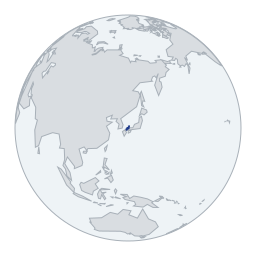 Shimane on an orthographic globe, rotated 3°
{"feature_id": "JPN-1824", "entity_name": "Shimane", "entity_type": "Prefecture", "adm_level": 1, "iso_a3": "JPN", "parent_name": "Japan", "parent_adm1": "", "projection": "orthographic", "projection_center": [132.68, 35.321], "detail": "fine", "context": "on_globe", "style": "filled", "palette": "blue", "viewbox_px": 256, "rotation_deg": 3, "n_neighbors": 0, "source": "natural_earth", "source_scale": "10m", "svg_char_len": 11698}
<svg xmlns="http://www.w3.org/2000/svg" viewBox="0 0 256 256"><g transform="rotate(3 128 128)"><circle cx="128" cy="128" r="113" fill="#eef3f6" stroke="#a8b0b8"/><path d="M207.6,195.9L207.5,196.4L207.4,196.5L207.6,195.9ZM216.8,58.7L216.4,58.4L217.4,59.5L218.8,61.4L216.7,59.2L216.8,60.4L211.7,57.4L201.3,50.0L202.2,49.4L199.6,48.0L198.3,48.8L198.1,49.7L187.4,48.0L182.0,53.1L183.9,57.4L180.7,54.6L186.8,64.9L186.2,70.8L184.6,62.6L182.7,60.6L181.2,63.6L179.0,62.3L177.0,63.1L174.4,61.3L173.7,57.0L172.0,55.9L171.0,58.1L167.9,58.0L169.5,54.8L164.2,54.4L162.0,47.8L168.5,41.9L165.1,37.9L166.1,31.2L163.8,30.9L162.7,28.5L159.7,27.3L160.7,26.7L157.4,26.3L157.0,27.1L155.4,27.2L153.6,26.7L154.6,25.7L155.7,25.9L155.0,25.3L156.3,25.1L154.6,24.9L156.1,24.0L152.0,24.1L150.9,22.7L152.5,22.3L155.9,23.4L168.0,26.1L170.7,26.5L171.3,25.8L164.9,22.1L166.4,22.4L166.0,22.0L163.6,21.2L163.0,21.3L158.3,20.0L158.2,20.5L156.3,20.2L154.8,20.6L151.3,19.6L148.7,18.4L149.7,18.1L148.6,17.7L144.5,17.4L143.6,16.6L139.7,16.0L147.8,17.1L155.9,18.9L163.7,21.2L171.5,24.1L178.9,27.5L186.1,31.5L193.0,36.0L199.6,41.0L205.7,46.5L211.5,52.4L216.8,58.7ZM229.1,117.6L228.2,115.6L229.3,115.8L229.1,117.6ZM227.2,115.1L227.7,115.6L227.2,115.4L227.2,115.1ZM226.7,115.4L227.1,115.2L226.7,115.7L226.7,115.4ZM226.1,116.1L226.4,115.7L226.4,115.8L226.1,116.1ZM224.8,116.5L224.5,116.6L224.7,115.9L224.8,116.5ZM198.4,50.4L198.5,49.0L200.5,48.9L200.6,50.2L198.4,50.4ZM194.3,51.1L193.7,49.8L196.7,51.1L196.1,51.4L194.3,51.1ZM185.8,61.0L186.4,59.3L186.6,61.4L185.8,61.0ZM177.1,63.5L177.7,64.4L176.4,64.5L177.1,63.5ZM156.8,21.2L155.8,20.9L156.6,21.0L156.8,21.2ZM157.1,21.8L158.7,22.0L159.1,22.4L158.1,22.2L157.1,21.8ZM171.3,61.9L169.1,61.8L171.2,61.1L171.3,61.9ZM155.0,21.4L159.6,22.9L160.2,23.5L156.9,23.3L155.0,21.4ZM167.7,61.3L162.2,61.4L163.0,63.4L157.7,58.1L164.1,59.6L166.6,58.3L166.3,60.0L167.7,61.3ZM157.7,27.6L158.0,26.7L159.4,28.0L157.7,27.6ZM159.0,28.4L165.7,32.8L164.3,34.0L162.3,32.2L161.9,34.5L158.0,32.9L157.3,31.3L159.0,30.8L156.2,30.7L159.0,28.4ZM155.7,55.2L154.3,54.7L155.6,54.5L155.7,55.2ZM154.9,27.4L156.4,28.1L155.3,29.2L152.2,28.1L153.5,28.1L154.9,27.4ZM163.7,35.9L162.4,36.7L158.8,35.6L157.8,35.7L157.7,33.0L163.7,35.9ZM152.8,27.5L150.6,27.5L149.4,26.5L153.4,26.9L152.8,27.5ZM156.3,30.0L155.7,30.5L155.0,29.8L156.3,30.0ZM144.1,23.4L145.9,24.0L145.5,24.5L144.1,23.4ZM149.8,27.6L150.2,27.9L150.3,28.3L148.6,28.1L149.8,27.6ZM155.2,32.5L154.0,32.0L155.1,33.6L152.4,33.0L152.9,31.3L151.6,31.8L150.8,31.6L152.1,30.5L155.2,32.5ZM147.0,29.0L146.7,26.9L143.5,25.6L143.7,25.0L148.9,27.3L147.0,29.0ZM149.9,29.9L148.2,29.2L149.4,28.7L151.3,28.9L149.9,29.9ZM150.5,33.2L154.4,34.5L154.2,34.9L150.5,33.2ZM145.8,28.7L145.9,29.2L145.5,28.6L145.8,28.7ZM148.8,31.9L150.2,32.2L149.9,32.6L148.8,31.9ZM145.0,30.0L144.9,29.3L146.2,29.3L145.0,30.0ZM146.5,30.9L145.8,31.3L146.7,29.8L147.2,31.0L146.5,30.9ZM148.3,32.1L148.6,32.5L147.7,31.9L148.3,32.1ZM140.1,30.2L141.0,28.2L143.8,28.4L142.6,30.2L140.1,30.2ZM52.3,44.6L51.3,45.5L51.0,45.8L52.3,44.6ZM40.6,57.0L38.8,59.2L39.7,58.4L34.1,67.5L32.6,72.1L38.2,67.2L40.7,59.6L44.6,55.3L45.4,58.8L43.7,66.1L45.2,64.7L49.1,57.9L51.7,57.8L50.8,55.5L49.0,57.8L48.4,56.6L50.1,54.5L50.9,54.4L52.3,52.0L47.9,53.4L45.5,55.9L47.2,51.6L43.5,55.4L42.9,55.4L49.0,49.0L50.7,47.7L59.6,39.8L58.0,40.6L49.5,48.3L50.8,46.8L48.6,48.5L51.4,46.0L61.1,37.8L64.6,34.9L64.5,35.0L70.2,31.3L71.6,30.5L77.5,27.4L74.7,29.0L76.2,28.3L73.8,29.9L74.7,30.4L72.9,32.1L77.4,31.0L77.1,31.8L74.5,32.2L71.7,33.5L67.7,38.4L68.1,39.0L71.4,37.9L69.9,39.6L73.6,38.0L73.3,40.8L76.7,36.2L80.6,35.4L82.7,36.5L84.6,35.5L81.2,33.8L79.3,33.9L76.6,35.2L71.9,35.3L72.4,34.0L79.6,31.1L81.1,29.1L86.1,28.2L92.4,32.8L92.8,35.7L84.8,42.4L82.3,42.1L83.9,39.4L78.6,42.7L80.9,42.0L79.6,43.5L83.0,43.5L82.3,44.6L86.9,42.8L86.3,44.1L83.5,45.3L88.1,46.8L88.2,49.8L89.6,49.6L91.1,48.6L90.2,53.3L91.2,53.0L92.0,51.3L94.6,49.7L98.8,48.8L98.2,50.5L96.6,51.0L92.5,54.9L88.3,56.4L88.5,57.0L92.0,56.1L97.1,51.4L99.8,50.4L97.7,52.7L98.7,51.8L99.9,51.8L100.5,53.5L103.0,51.1L116.6,50.4L119.2,54.0L115.9,55.9L124.8,58.2L127.1,62.6L127.7,61.0L132.5,61.4L131.8,59.9L132.5,59.2L144.4,60.3L146.7,62.1L152.6,61.3L152.9,60.5L151.5,59.1L157.7,58.1L163.0,63.4L162.0,64.8L166.0,67.4L163.1,70.5L162.5,74.4L157.0,76.6L157.0,79.7L158.6,80.4L159.9,85.5L156.9,94.0L152.4,83.9L155.4,72.0L153.5,76.4L151.9,74.6L149.9,75.7L148.8,79.1L150.0,80.0L137.6,82.2L130.8,90.5L136.3,91.3L138.4,94.8L135.5,106.3L120.2,119.1L122.9,125.0L122.2,128.4L118.0,129.5L118.9,124.6L115.7,122.0L116.9,119.3L110.3,119.9L111.7,116.0L105.9,118.7L106.7,122.3L112.0,123.0L106.4,127.3L110.1,134.2L109.1,140.9L98.0,149.9L88.9,150.7L88.0,152.6L85.2,149.2L80.2,151.6L84.6,164.8L84.0,167.9L76.5,171.4L76.6,169.0L69.0,160.1L66.7,166.9L72.4,175.4L74.4,183.2L69.6,179.2L67.7,172.2L65.0,168.8L66.4,162.7L65.4,151.9L60.6,151.6L61.6,147.8L59.5,137.6L53.0,136.6L42.2,141.1L39.7,150.2L36.5,152.1L35.0,134.8L37.1,124.8L34.9,123.6L34.8,112.2L29.9,103.0L30.7,99.9L29.4,99.2L29.6,93.9L31.4,89.1L30.8,87.3L26.4,100.0L27.2,102.1L30.0,100.9L28.4,104.8L28.4,110.9L23.0,114.3L18.1,108.8L20.2,101.4L29.6,76.7L30.7,75.3L30.9,75.1L31.1,74.7L29.4,76.6L31.9,72.2L24.1,87.5L21.7,93.1L18.0,109.0L17.7,109.3L17.3,113.5L19.0,118.2L18.5,120.3L16.1,127.0L15.4,129.5L15.6,120.8L16.5,112.1L18.0,103.6L20.3,95.1L23.1,86.9L26.6,79.0L30.7,71.3L35.3,63.9L40.6,57.0ZM39.3,77.8L40.0,82.5L44.2,76.6L44.8,78.0L46.0,75.6L44.5,76.2L48.1,70.0L50.0,71.0L52.2,69.0L52.1,67.3L48.0,66.7L42.8,75.3L40.7,75.9L39.3,77.8ZM86.8,24.0L84.6,24.9L83.4,25.1L85.8,23.8L87.5,23.4L86.8,24.0ZM81.7,26.3L88.2,24.2L87.0,25.3L86.6,25.0L85.2,25.9L84.1,25.7L76.5,29.0L75.0,29.4L80.1,26.2L79.3,26.9L81.5,25.8L81.7,26.3ZM107.0,19.7L109.8,19.5L103.6,21.9L101.7,21.8L103.9,20.3L107.4,19.4L107.0,19.7ZM148.2,21.0L149.7,21.3L149.4,21.5L147.9,21.5L148.2,21.0ZM145.0,23.6L141.5,20.3L143.0,20.4L139.1,18.7L141.6,18.3L144.0,19.3L143.0,18.0L146.2,18.8L145.1,17.9L150.3,20.2L153.1,21.1L149.0,20.2L146.6,20.5L146.4,20.9L148.0,22.7L153.0,25.0L151.4,25.9L149.0,26.0L147.6,25.5L149.0,25.0L146.1,24.8L147.1,23.8L145.0,23.6ZM121.6,29.5L123.9,28.4L118.2,29.1L119.2,27.6L118.5,27.7L117.8,26.6L115.8,25.6L116.7,25.0L115.5,24.9L115.1,24.3L113.7,24.0L115.0,22.8L113.4,22.4L114.9,22.2L111.9,21.8L114.7,21.6L114.4,20.9L111.8,21.5L121.9,17.6L123.9,16.5L124.1,15.9L128.9,16.0L131.8,16.8L133.1,18.2L130.4,19.4L133.0,19.4L132.5,20.0L130.7,19.7L133.2,20.5L132.3,21.0L133.5,23.0L137.8,24.2L138.3,25.1L136.2,24.9L138.2,26.0L134.5,26.3L134.8,27.0L131.5,28.2L127.2,27.6L127.9,28.5L125.4,29.6L121.6,29.5ZM139.1,30.4L133.7,29.8L131.6,28.8L138.3,27.2L138.5,26.5L142.8,25.7L145.7,27.4L144.2,27.4L143.5,27.8L142.8,27.1L142.8,28.0L140.8,28.2L140.2,28.9L138.6,28.5L139.1,30.4ZM51.3,45.6L50.4,46.6L49.3,47.8L47.9,49.0L51.3,45.6ZM57.9,39.9L57.3,40.4L54.8,42.4L55.8,41.5L57.9,39.9ZM59.1,39.2L57.5,40.3L59.0,39.2L59.1,39.2ZM74.1,32.7L73.8,33.4L72.9,33.8L72.1,33.8L74.1,32.7ZM104.8,32.1L106.5,31.4L106.9,31.7L110.9,31.3L110.5,32.6L107.9,33.3L104.8,32.1ZM37.4,66.9L36.6,66.8L37.4,65.5L37.5,65.8L37.4,66.9ZM41.5,57.2L39.5,60.1L41.1,57.5L41.5,57.2ZM105.0,33.4L106.7,33.1L105.5,33.9L105.0,33.4ZM110.4,33.5L109.2,34.5L110.9,32.7L110.4,33.5ZM101.7,205.6L105.1,206.7L105.0,207.0L101.7,205.6ZM98.0,203.6L101.9,204.5L97.5,204.3L98.0,203.6ZM103.4,204.8L107.4,204.8L109.1,204.5L108.8,205.2L103.4,204.8ZM95.5,203.0L81.9,199.2L76.7,196.4L77.8,195.3L86.2,198.4L95.5,203.0ZM77.4,195.2L69.6,188.1L59.9,170.7L63.4,172.6L73.7,184.9L73.0,186.0L77.7,191.1L77.4,195.2ZM96.7,192.9L96.0,196.7L88.4,194.4L85.0,192.8L82.7,187.0L84.0,184.7L86.7,185.6L98.0,179.2L101.8,182.4L98.2,185.5L101.4,189.8L96.7,192.9ZM39.9,151.4L41.0,158.3L39.3,158.0L39.9,151.4ZM103.1,173.5L98.2,176.7L102.8,172.0L103.1,173.5ZM106.2,168.7L106.2,171.0L104.6,168.5L106.2,168.7ZM87.4,155.6L84.5,155.2L84.7,153.6L88.6,153.2L87.4,155.6ZM108.2,146.5L107.3,151.2L106.4,152.7L105.5,149.5L108.2,146.5ZM103.8,45.4L98.7,44.3L94.7,44.8L92.1,46.8L93.6,43.7L99.7,43.0L103.8,45.4ZM115.1,49.5L117.4,48.0L117.9,49.2L117.4,49.7L115.1,49.5ZM115.4,48.3L115.5,45.6L117.8,45.1L117.3,47.3L115.4,48.3ZM110.0,38.9L108.5,38.5L109.6,37.7L110.0,38.9ZM182.0,226.2L183.7,225.6L180.6,227.4L176.2,229.7L171.6,231.7L182.0,226.2ZM146.9,237.2L145.8,236.2L150.9,235.6L149.6,236.7L146.9,237.2ZM185.2,224.3L187.9,222.2L188.1,220.9L188.8,221.7L191.9,220.1L184.9,224.9L185.2,224.3ZM125.7,231.5L104.7,232.4L99.7,231.0L100.3,229.7L94.5,223.6L96.0,224.1L94.2,220.1L106.3,219.0L114.7,213.2L122.2,214.6L127.4,209.6L135.3,210.5L133.4,214.6L142.1,217.5L146.9,208.1L153.2,217.7L160.3,220.3L163.4,225.0L154.6,233.2L148.6,235.0L147.0,234.7L144.6,235.4L140.3,235.4L137.0,233.4L134.7,234.1L136.5,232.4L133.3,233.9L130.6,232.4L125.7,231.5ZM183.0,211.8L184.5,211.7L187.0,212.4L184.7,212.8L183.0,211.8ZM204.0,199.4L204.8,199.7L203.3,200.6L204.0,199.4ZM207.4,196.5L205.5,197.7L207.6,195.9L207.4,196.5ZM189.4,204.8L190.2,205.1L189.7,205.5L189.4,204.8ZM188.8,204.7L189.5,203.6L189.5,204.5L188.8,204.7ZM181.7,201.2L182.4,200.5L182.8,200.8L181.7,201.2ZM110.2,207.6L114.9,205.5L117.6,205.6L110.2,207.6ZM180.4,200.3L178.3,200.6L178.5,200.0L180.4,200.3ZM180.4,199.0L180.2,198.2L181.6,199.8L180.4,199.0ZM176.4,197.9L179.0,198.9L176.1,198.1L176.4,197.9ZM175.0,198.4L173.2,198.0L173.3,197.7L175.0,198.4ZM155.6,201.4L162.2,205.8L157.1,206.0L151.3,203.3L147.2,206.2L137.6,205.6L139.7,204.0L138.3,201.2L128.6,199.5L126.6,197.6L130.0,196.6L123.8,194.6L130.6,194.4L133.4,198.3L137.3,195.6L144.3,196.5L151.2,197.8L156.9,200.3L155.6,201.4ZM130.8,202.6L132.0,202.6L131.0,203.7L130.8,202.6ZM169.7,196.4L172.3,197.9L172.1,198.3L170.8,198.2L169.7,196.4ZM158.2,199.6L164.3,196.1L165.8,196.1L161.8,199.8L158.2,199.6ZM162.7,194.3L165.7,194.5L167.3,196.0L166.7,196.6L162.7,194.3ZM116.9,197.7L116.6,198.7L114.9,197.7L116.9,197.7ZM119.1,197.4L124.4,199.1L118.6,198.2L119.1,197.4ZM103.6,191.2L105.1,194.0L109.7,193.2L106.2,194.9L109.5,199.5L108.4,200.8L105.2,195.9L104.2,200.2L102.2,199.7L101.0,195.6L102.9,191.2L105.0,189.6L113.4,190.3L103.6,191.2ZM119.0,194.4L117.6,191.2L118.7,189.4L120.2,191.1L119.0,194.4ZM113.8,183.4L110.4,179.2L107.1,180.0L114.0,176.1L116.0,180.7L113.8,183.4ZM111.2,174.9L108.1,175.6L111.5,173.3L111.2,174.9ZM107.5,174.3L107.4,171.7L109.7,172.5L107.5,174.3ZM112.8,175.3L113.7,171.1L114.7,173.8L112.8,175.3ZM106.9,165.7L111.6,170.9L105.2,167.8L105.9,159.2L108.7,159.6L106.9,165.7ZM128.6,133.1L128.4,130.5L131.2,130.3L130.5,132.1L128.6,133.1ZM140.1,127.9L131.9,129.4L125.2,130.8L126.9,132.3L124.6,136.4L122.6,131.9L127.9,127.8L132.8,127.5L134.3,124.0L138.4,122.0L138.7,117.3L140.8,115.6L142.0,119.8L140.1,127.9ZM138.7,115.3L140.7,107.4L145.6,109.1L146.3,111.2L143.3,114.1L140.9,113.0L138.7,115.3ZM142.7,106.1L140.4,105.0L138.5,92.7L139.4,90.7L143.3,100.5L141.4,100.1L141.0,102.9L142.7,106.1ZM154.3,55.7L154.3,54.8L155.2,55.7L154.3,55.7ZM132.0,58.4L133.1,57.6L134.2,58.5L132.0,58.4ZM136.6,55.8L134.7,55.4L137.0,55.1L136.6,55.8ZM130.3,54.6L134.0,54.9L130.1,55.6L130.3,54.6Z" fill="#d9dde1" stroke="#a8b0b8" stroke-width="1"/><path d="M126.4,129.3L126.5,129.3L126.6,129.2L126.8,129.0L126.9,128.9L127.0,128.9L127.1,128.7L127.3,128.6L127.4,128.4L127.5,128.4L127.7,128.2L127.8,128.1L128.0,128.0L128.0,127.9L127.9,127.8L128.0,127.8L128.0,127.7L128.3,127.6L128.5,127.6L128.7,127.4L128.7,127.5L128.8,127.5L129.0,127.5L128.9,127.5L129.0,127.8L129.0,128.0L128.8,128.2L128.8,128.3L128.7,128.5L128.4,128.5L128.2,128.5L128.0,128.8L127.9,128.8L128.0,128.9L127.9,129.0L127.7,129.0L127.4,129.1L127.2,129.1L127.1,129.3L127.1,129.5L126.9,129.8L126.8,130.0L126.7,130.0L126.5,129.9L126.4,129.7L126.4,129.4L126.4,129.3ZM129.1,126.1L129.1,126.3L128.9,126.3L128.8,126.2L129.0,126.0L129.1,126.1ZM128.6,126.4L128.6,126.5L128.4,126.5L128.5,126.5L128.5,126.4L128.6,126.4ZM128.7,126.4L128.7,126.5L128.7,126.4Z" fill="#3b82f6" stroke="#1e3a8a" stroke-width="1.5"/></g></svg>